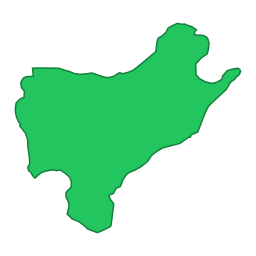 outline of Safita, Tartus, Syria
{"feature_id": "27442178B1888341304206", "entity_name": "Safita", "entity_type": "district", "adm_level": 2, "iso_a3": "SYR", "parent_name": "Syria", "parent_adm1": "Tartus", "projection": "orthographic", "projection_center": [36.162, 34.812], "detail": "fine", "context": "isolated", "style": "filled", "palette": "green", "viewbox_px": 256, "rotation_deg": 0, "n_neighbors": 0, "source": "geoboundaries", "source_scale": "gbopen_adm2", "svg_char_len": 2440}
<svg xmlns="http://www.w3.org/2000/svg" viewBox="0 0 256 256"><path d="M207.9,39.1L206.2,36.8L205.6,36.6L203.6,35.6L201.5,35.3L198.1,35.1L195.3,35.1L194.4,33.5L194.7,32.0L196.4,29.7L191.7,26.6L186.7,25.0L184.8,24.1L181.7,24.2L177.3,23.4L173.1,25.3L169.7,27.1L168.1,28.3L167.9,28.4L165.7,32.7L161.7,36.1L158.3,38.1L157.2,41.3L155.7,51.7L147.5,58.6L140.6,64.4L133.3,70.2L128.2,72.3L125.3,73.1L122.9,73.7L119.4,72.7L113.6,76.3L110.5,77.2L106.8,77.6L103.8,77.0L99.2,75.5L94.9,73.9L92.0,73.0L89.2,73.4L84.5,74.0L79.3,74.3L74.2,73.5L69.4,71.5L67.4,71.0L67.0,70.9L65.0,70.3L59.5,68.4L56.6,68.1L38.6,68.0L32.5,68.1L33.3,76.3L26.3,76.7L23.1,78.4L20.9,82.1L20.9,83.6L21.5,87.5L24.4,91.3L24.0,97.5L20.2,98.9L16.2,102.8L15.4,107.6L15.4,112.2L16.5,117.0L18.6,122.1L20.4,123.8L19.7,125.8L23.5,130.7L25.5,133.2L27.6,139.5L27.7,141.6L27.9,147.2L29.2,155.7L29.6,160.7L29.8,162.9L28.9,165.3L28.0,166.6L27.9,168.2L28.8,171.0L30.3,171.7L31.6,174.0L34.1,177.5L35.2,178.0L38.1,175.2L41.2,172.8L44.6,171.3L47.8,170.7L50.9,170.1L54.0,170.0L56.4,170.7L58.2,170.3L59.6,170.0L60.6,170.1L64.9,173.0L66.0,173.9L67.3,175.0L69.5,177.1L71.4,181.7L71.2,186.3L70.1,188.4L67.7,190.4L66.0,192.6L66.0,197.1L67.7,200.4L68.9,203.9L69.1,206.8L68.0,210.3L67.2,214.2L68.4,215.3L70.8,217.4L71.3,218.1L71.9,218.8L75.2,220.1L78.9,221.7L84.5,225.8L87.1,228.5L88.1,229.2L97.3,232.6L97.4,232.4L99.4,231.8L102.4,230.5L102.5,230.5L110.2,226.7L111.1,225.2L113.7,204.4L113.2,203.0L112.5,202.1L111.8,201.2L110.2,199.2L109.4,196.9L109.3,195.1L111.3,194.1L112.5,193.9L112.9,193.8L113.1,193.7L113.9,192.5L114.9,190.7L115.5,189.5L116.0,188.3L117.5,187.7L118.6,187.2L119.7,186.8L120.2,186.6L121.8,183.2L122.2,181.9L122.8,180.0L123.8,178.5L125.2,176.3L126.5,174.7L127.2,173.9L130.4,171.8L134.4,170.4L137.8,168.5L140.2,167.2L144.4,164.1L145.9,162.8L146.2,162.6L148.0,161.0L150.6,156.9L151.2,155.9L154.2,153.3L158.6,150.3L162.6,147.9L171.9,145.5L179.9,143.4L188.8,137.1L190.5,137.1L190.8,135.0L196.1,132.7L197.7,132.1L201.0,123.6L203.3,117.5L205.6,111.9L208.8,105.8L211.7,103.0L217.0,98.0L226.3,89.4L228.0,86.5L230.2,82.7L231.8,81.2L235.0,79.0L235.7,77.9L236.2,76.8L238.1,75.8L239.0,74.6L239.5,74.2L240.6,71.1L240.0,70.0L239.1,69.0L237.9,68.3L234.5,68.7L231.3,69.5L227.2,70.6L222.8,75.8L222.0,79.2L216.8,82.3L211.6,83.4L205.6,81.9L199.3,78.6L196.1,74.7L195.7,64.0L201.1,58.1L204.8,55.5L207.2,53.8L208.4,49.3L208.8,45.9L209.0,42.8L207.9,39.1Z" fill="#22c55e" stroke="#15803d" stroke-width="1.5"/></svg>